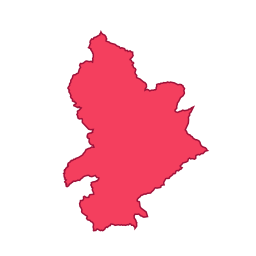 outline of Huamanga, Ayacucho, Peru, rotated 78°
{"feature_id": "86281439B20433553011992", "entity_name": "Huamanga", "entity_type": "district", "adm_level": 2, "iso_a3": "PER", "parent_name": "Peru", "parent_adm1": "Ayacucho", "projection": "natural_earth1", "projection_center": [-74.211, -13.262], "detail": "fine", "context": "isolated", "style": "filled", "palette": "rose", "viewbox_px": 256, "rotation_deg": 78, "n_neighbors": 0, "source": "geoboundaries", "source_scale": "gbopen_adm2", "svg_char_len": 5891}
<svg xmlns="http://www.w3.org/2000/svg" viewBox="0 0 256 256"><g transform="rotate(78 128 128)"><path d="M28.4,134.5L29.6,135.2L30.1,135.9L31.1,136.2L31.6,138.3L32.0,138.9L32.1,139.9L32.5,140.5L32.4,141.4L32.5,142.5L33.7,143.4L33.8,144.1L33.3,145.0L35.0,146.8L36.4,147.4L37.2,147.0L40.6,149.2L41.2,149.9L42.9,147.8L43.6,148.1L46.5,146.9L47.1,147.1L48.4,146.6L51.4,147.2L52.6,148.1L54.1,148.2L56.2,149.0L55.1,150.1L55.0,152.2L53.9,154.5L53.9,155.6L55.3,158.3L55.4,160.0L55.0,161.1L56.6,162.3L58.8,161.8L60.4,163.4L63.8,165.2L64.1,165.7L64.2,167.1L64.9,168.1L64.8,170.1L65.2,170.9L67.8,172.2L69.4,174.0L71.3,174.5L72.8,176.0L74.1,176.2L76.0,178.2L76.6,178.5L78.7,177.5L78.9,177.9L80.6,178.2L82.0,177.5L84.5,177.1L85.2,177.7L86.6,177.5L88.4,176.3L90.0,176.7L90.7,175.9L90.8,175.0L91.3,175.0L91.9,174.2L93.0,173.5L93.3,173.6L93.7,174.3L93.7,174.9L94.4,176.3L95.0,176.3L95.9,174.8L96.7,174.1L97.0,173.3L97.6,172.9L97.7,172.5L97.2,171.9L97.1,171.3L98.3,170.8L98.2,169.9L98.6,169.5L100.5,172.1L100.6,172.9L101.1,174.0L103.0,174.1L104.2,175.2L105.8,174.6L106.7,175.0L107.3,174.6L108.2,174.7L109.1,173.5L109.2,171.5L109.5,171.0L111.1,171.0L112.6,171.5L113.4,171.3L121.0,166.7L121.9,164.9L122.2,162.3L123.5,163.1L123.7,163.5L124.9,163.6L124.9,164.4L125.4,165.4L125.0,165.9L125.2,167.5L125.5,168.5L126.8,169.4L127.6,169.2L128.2,169.9L129.5,169.4L130.4,168.1L133.5,169.0L135.8,168.2L137.4,166.5L137.5,165.6L139.7,165.3L139.7,165.8L139.0,167.3L139.8,169.3L139.8,171.0L140.3,172.6L140.3,173.4L142.6,175.3L143.9,177.2L144.6,177.5L145.2,178.7L146.6,182.6L146.9,185.4L147.4,185.8L147.6,186.7L147.2,187.3L148.2,189.0L147.9,190.1L148.5,190.7L148.5,191.2L149.2,191.7L150.0,193.8L151.2,194.5L151.8,194.2L152.1,194.7L152.7,194.4L153.1,195.1L153.4,194.9L154.5,197.2L155.5,197.8L155.7,198.2L155.6,198.6L156.2,199.1L156.7,198.7L157.7,199.4L158.1,199.3L158.5,199.6L158.9,199.4L159.2,200.2L159.6,199.8L160.6,200.3L162.3,200.5L162.9,200.2L163.3,200.4L163.5,200.0L164.6,200.1L164.8,200.4L165.6,199.6L166.1,199.8L166.2,199.5L167.5,201.1L168.4,200.7L169.1,200.0L169.8,200.3L170.0,199.8L170.4,199.8L170.6,200.4L172.1,200.5L172.6,200.0L172.7,199.5L172.0,197.9L170.7,196.9L170.5,195.7L169.5,194.2L169.5,193.5L168.8,192.9L168.7,192.1L169.2,190.6L168.9,189.6L169.0,189.1L168.6,188.1L169.2,186.1L168.2,185.0L167.1,182.6L166.5,182.0L166.1,180.5L165.9,177.9L166.2,176.1L167.3,175.3L168.1,173.5L167.6,169.9L169.9,168.8L170.8,166.9L172.2,167.5L172.7,168.6L173.3,168.9L173.1,169.9L173.6,170.9L173.5,173.7L173.9,175.3L175.2,175.3L176.0,176.2L177.5,175.7L178.4,175.7L178.6,175.3L179.2,175.0L181.1,175.8L184.1,175.1L185.7,175.4L185.3,179.1L186.6,180.4L187.6,180.7L187.7,181.0L187.2,183.5L185.8,184.6L185.8,185.2L186.2,185.9L187.7,186.0L188.8,186.8L189.4,187.6L189.1,189.6L190.6,190.1L191.7,191.0L194.8,191.2L196.0,190.6L198.5,190.1L199.8,190.7L200.7,190.7L201.7,190.2L204.8,187.4L205.4,186.5L206.5,186.3L207.6,187.3L209.3,186.7L210.5,184.4L211.7,183.8L212.8,182.4L214.5,181.7L216.0,182.0L217.5,182.7L219.8,182.6L220.9,183.1L221.3,183.0L221.5,180.7L220.5,179.7L220.5,178.8L222.6,176.4L222.5,175.1L223.1,174.3L223.0,173.4L221.9,171.5L221.1,171.1L220.4,169.7L220.4,169.3L220.9,168.9L219.5,166.3L219.7,165.6L218.5,164.9L218.6,163.8L219.6,161.8L220.5,160.9L220.6,157.6L221.4,155.9L221.2,154.5L221.9,153.7L222.1,151.9L222.7,150.6L222.4,148.7L222.9,147.7L222.0,146.1L222.8,145.1L223.9,144.7L224.2,143.3L224.6,142.8L225.6,142.6L226.5,141.8L227.6,142.0L225.8,139.9L223.2,139.5L222.5,139.1L221.4,139.6L220.4,139.5L218.8,139.9L217.6,140.6L215.1,140.3L213.8,139.1L214.4,136.5L214.4,135.3L216.6,133.8L216.9,133.0L218.3,131.5L218.6,130.0L218.7,127.3L213.9,127.7L209.1,131.9L207.3,132.6L202.8,132.2L202.3,132.4L201.8,133.7L201.1,134.2L199.7,133.7L198.5,132.2L197.7,130.4L196.5,129.2L196.6,128.0L196.0,126.1L196.4,124.2L195.9,122.6L196.3,119.4L195.3,118.1L194.1,116.0L192.5,114.4L192.2,113.5L192.8,112.2L192.9,108.7L192.8,108.3L191.5,107.8L191.1,106.9L190.9,105.9L191.1,104.5L189.2,104.6L188.1,104.0L185.4,101.6L185.3,101.1L185.8,98.5L185.6,98.0L184.7,97.5L183.1,94.2L182.0,93.1L182.4,91.7L181.8,90.8L180.6,90.4L180.0,89.8L179.8,88.7L180.4,87.6L179.9,86.7L179.2,86.2L179.4,85.0L179.2,84.7L178.1,83.3L176.8,84.8L175.8,84.8L175.1,83.3L173.6,81.6L173.4,78.3L172.8,76.4L170.9,75.5L170.2,74.0L171.3,73.1L171.2,72.2L171.5,70.9L172.3,69.5L171.8,68.1L169.2,67.4L168.9,67.0L168.5,64.9L169.2,63.5L168.3,61.7L168.6,60.0L166.7,57.3L166.6,54.9L166.0,55.4L164.8,55.6L163.5,56.4L161.9,58.9L160.5,60.1L158.7,60.5L156.9,60.6L155.2,61.4L153.8,63.3L153.4,64.5L152.4,65.6L151.2,66.6L149.9,67.0L148.9,68.2L147.7,68.8L146.9,70.3L145.1,71.4L144.4,71.3L143.2,71.6L141.7,72.4L135.8,68.0L132.4,67.0L130.2,66.7L129.4,66.3L128.4,65.0L126.5,64.8L125.7,63.3L121.0,59.6L121.5,61.9L122.4,62.9L122.5,63.5L122.1,64.2L122.9,65.7L122.8,69.0L121.9,70.8L122.4,72.0L122.6,73.2L122.5,73.9L123.1,76.1L122.4,77.6L121.1,78.5L120.1,78.2L118.8,76.2L116.5,75.8L115.6,75.1L113.7,74.4L112.7,73.1L109.2,70.3L107.9,67.5L105.9,65.7L104.6,65.5L103.2,65.7L101.1,64.5L99.3,65.5L98.3,65.4L97.9,66.1L96.8,66.6L96.1,68.2L96.1,70.1L93.5,73.3L91.9,77.0L92.2,77.6L92.1,78.1L91.2,79.9L91.6,80.8L91.4,82.7L91.0,83.6L91.4,84.7L91.1,86.9L91.8,87.8L91.2,88.5L91.3,90.5L91.6,91.0L93.1,91.2L94.5,92.1L95.7,92.3L96.3,93.1L96.1,94.4L96.4,95.2L95.9,96.8L96.2,99.1L95.0,100.0L94.1,101.4L94.6,103.5L93.0,102.8L91.6,101.3L89.1,101.0L87.0,102.1L86.4,103.1L82.6,106.1L80.5,109.1L79.6,109.0L78.4,108.5L76.6,109.5L75.2,109.7L72.5,108.2L71.3,108.6L70.2,109.8L69.6,110.1L68.3,110.1L67.3,110.8L65.9,109.1L65.4,109.0L64.7,109.5L64.2,110.5L62.6,110.7L61.6,111.8L61.1,111.5L59.5,109.1L58.1,107.9L56.8,108.1L54.8,107.7L54.3,108.9L53.0,109.9L53.2,112.1L52.0,112.5L51.7,114.5L50.1,114.7L49.5,115.1L48.2,117.5L48.4,118.9L46.7,119.7L45.5,121.7L43.5,123.3L41.3,127.6L40.1,128.5L38.5,131.3L37.4,131.2L36.5,130.3L35.1,130.7L34.2,130.6L32.3,131.5L31.0,133.3L29.8,134.1L28.4,134.5Z" fill="#f43f5e" stroke="#9f1239" stroke-width="1.5"/></g></svg>